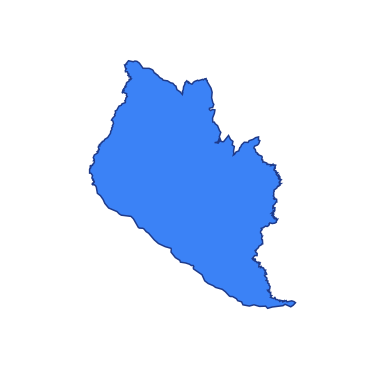 the district of Orocué, Casanare, Colombia, rotated 65°
{"feature_id": "7082276B28249229297744", "entity_name": "Orocué", "entity_type": "district", "adm_level": 2, "iso_a3": "COL", "parent_name": "Colombia", "parent_adm1": "Casanare", "projection": "robinson", "projection_center": [-71.616, 4.911], "detail": "fine", "context": "isolated", "style": "filled", "palette": "blue", "viewbox_px": 384, "rotation_deg": 65, "n_neighbors": 0, "source": "geoboundaries", "source_scale": "gbopen_adm2", "svg_char_len": 6050}
<svg xmlns="http://www.w3.org/2000/svg" viewBox="0 0 384 384"><g transform="rotate(65 192 192)"><path d="M165.5,275.8L171.3,274.3L178.1,268.2L181.1,267.2L183.1,265.9L188.3,257.6L191.5,256.4L201.4,255.6L202.4,255.0L204.1,251.9L205.0,251.2L208.5,250.3L211.1,248.7L219.5,246.4L224.5,244.2L230.2,239.4L234.1,234.9L235.0,234.9L237.6,236.4L244.4,234.8L248.8,231.9L250.7,232.1L253.6,227.8L256.5,224.7L258.3,223.7L259.1,222.0L260.3,221.9L261.3,222.9L262.4,223.1L271.2,217.9L277.9,218.0L281.8,216.0L285.9,212.3L288.4,211.0L293.0,205.7L296.5,203.9L302.1,202.1L302.9,201.4L303.9,199.4L307.5,196.8L309.8,196.5L312.5,193.5L315.8,193.5L319.6,188.2L320.4,183.5L324.2,179.2L326.6,173.5L329.4,172.6L330.2,167.7L333.5,157.5L333.1,155.1L337.8,151.0L337.4,148.2L336.1,145.0L334.4,145.9L332.8,147.6L331.7,152.3L330.2,152.5L330.0,155.2L329.5,154.8L329.6,156.0L329.0,155.7L328.2,156.8L328.3,157.6L327.6,157.8L327.9,158.7L327.2,158.5L327.3,158.9L325.6,160.1L324.8,161.5L322.6,161.4L322.5,161.7L323.4,162.1L323.1,163.0L320.6,165.4L319.6,163.5L318.8,164.5L316.3,163.1L315.9,164.4L314.9,164.5L314.5,163.6L313.7,164.2L313.8,165.0L312.9,165.1L313.2,164.2L312.8,162.6L310.5,161.1L309.2,161.6L307.7,161.0L306.4,161.9L304.7,160.8L303.5,162.2L302.8,161.0L301.5,160.5L299.5,161.4L298.1,161.5L298.1,159.0L296.3,159.0L296.2,160.0L293.9,158.3L293.6,159.4L291.0,159.3L290.4,160.3L289.5,160.6L289.5,161.7L288.5,161.0L288.0,163.1L286.1,161.9L286.1,160.9L284.9,160.4L284.8,161.6L284.3,161.7L284.3,160.7L283.6,161.5L283.6,162.8L283.0,162.7L280.4,164.6L280.3,163.2L279.5,163.0L279.2,163.7L279.9,164.1L278.6,164.2L278.8,165.4L277.8,165.6L276.1,162.0L277.1,159.9L275.2,158.9L273.5,159.7L271.8,159.5L272.1,158.7L271.6,158.7L270.5,155.3L269.4,154.3L269.1,151.0L268.5,150.5L268.8,149.8L265.1,148.4L264.7,148.9L263.1,148.4L261.8,146.8L261.6,147.3L259.4,146.7L258.1,147.2L256.6,146.4L255.7,144.4L254.2,144.6L254.5,142.8L254.0,139.8L255.0,138.5L254.8,136.7L254.0,135.6L253.4,135.6L252.9,134.5L254.5,132.6L255.2,130.1L255.0,128.3L253.2,127.3L253.4,126.5L252.8,125.9L252.7,126.9L251.4,126.8L251.4,128.0L250.7,127.7L250.5,128.6L249.6,127.8L249.0,128.0L249.0,128.8L247.6,128.2L247.5,129.2L247.0,129.5L245.7,127.8L246.2,127.2L245.1,127.1L244.7,128.6L244.2,127.0L244.5,125.8L243.4,126.0L243.7,124.8L242.7,124.3L241.5,124.5L241.8,123.8L241.4,123.5L240.8,124.6L240.3,124.5L240.7,125.5L238.8,124.5L237.8,121.8L236.6,120.2L236.9,119.4L234.4,118.4L233.7,119.0L233.4,120.5L232.6,120.8L232.2,119.6L229.9,120.0L229.4,119.2L226.7,118.1L226.1,117.2L225.0,117.0L224.2,113.4L223.0,112.0L223.5,111.1L223.0,110.6L223.0,109.5L222.4,109.6L222.1,108.3L221.9,109.0L221.2,108.2L220.5,109.1L220.1,108.9L219.3,108.0L219.4,107.2L218.7,106.8L218.6,105.9L217.4,106.6L217.3,107.6L216.4,108.0L215.8,107.5L216.5,106.6L215.6,106.0L215.0,106.7L214.5,105.5L214.5,106.1L213.9,106.2L213.9,107.0L213.0,106.4L213.2,107.6L211.8,108.1L211.2,107.0L210.9,107.7L210.4,107.6L210.3,106.7L209.6,107.7L208.8,107.0L208.1,107.1L207.5,108.2L206.7,108.4L205.9,107.2L205.7,107.6L205.3,107.2L205.7,105.9L204.8,106.8L203.1,104.8L202.3,105.8L202.3,106.8L201.0,106.8L201.7,108.4L201.5,109.1L201.2,108.4L200.8,108.5L199.0,111.6L198.8,110.8L198.8,112.2L197.4,112.0L195.1,114.2L195.0,115.1L192.8,114.4L192.2,115.2L190.0,113.6L188.9,113.7L186.6,115.9L185.8,115.8L185.5,116.6L184.3,116.3L182.8,117.3L180.0,116.6L178.9,117.3L178.0,117.2L176.9,115.8L177.1,112.8L176.4,111.1L174.1,108.8L172.9,109.8L170.2,108.4L169.6,111.4L170.1,114.3L169.6,118.5L170.8,120.2L169.0,123.6L170.3,127.3L171.6,128.6L172.0,129.9L174.5,132.2L174.3,135.1L175.8,137.5L176.0,138.9L174.9,137.9L172.5,137.1L168.6,134.4L166.4,135.7L163.4,133.5L160.7,134.9L156.2,135.0L159.7,142.0L159.3,143.2L157.4,145.3L158.8,147.7L157.7,148.8L156.8,150.7L157.6,147.4L155.3,145.0L156.7,144.1L153.4,143.9L150.1,140.7L148.0,141.1L142.7,140.8L139.8,142.2L138.2,142.2L137.3,143.6L133.6,142.1L130.3,138.6L127.3,136.5L125.9,138.4L126.1,140.7L124.6,141.4L123.5,140.8L124.0,137.4L121.8,135.2L120.0,135.4L114.9,134.4L110.1,131.6L105.9,130.9L98.3,131.6L97.3,131.1L96.2,131.8L95.2,131.3L94.8,132.9L95.1,134.4L94.4,134.8L93.9,139.0L93.1,139.6L92.9,142.7L93.2,144.5L94.2,146.0L94.1,146.7L92.4,148.1L90.9,148.5L91.5,149.2L89.0,149.7L90.1,152.4L91.0,152.6L93.1,155.2L95.6,156.7L97.0,158.3L97.7,158.2L99.5,159.5L96.1,160.5L92.9,162.4L89.2,161.8L88.3,162.6L85.4,163.4L83.9,165.3L80.9,167.2L78.5,170.9L76.9,171.2L74.7,172.9L71.3,173.8L70.5,174.7L69.2,174.8L68.3,175.8L65.3,175.9L64.0,176.6L61.8,178.6L59.2,184.1L53.0,185.2L50.3,186.7L49.2,188.4L49.1,190.2L46.2,194.1L47.7,197.1L48.4,197.1L48.2,198.2L48.9,198.9L48.5,199.4L51.6,199.9L52.4,199.3L53.7,201.1L54.9,201.5L55.7,199.7L57.2,200.0L58.1,199.4L59.1,200.8L59.7,200.5L59.7,199.8L61.2,200.3L61.5,198.9L62.5,199.2L63.3,200.1L63.8,199.3L64.3,200.3L63.5,201.4L65.0,202.4L65.1,204.4L65.7,205.6L66.5,205.7L68.0,208.0L68.6,207.6L68.5,208.4L69.0,208.5L69.5,210.2L71.2,210.7L70.5,211.7L71.4,212.0L72.1,213.1L72.5,213.1L72.2,212.6L72.9,211.6L73.4,211.6L75.2,209.7L76.9,210.7L78.1,210.3L78.7,212.0L80.7,213.5L80.9,214.3L82.3,214.2L82.8,214.8L82.5,218.2L83.5,219.4L83.3,221.9L86.1,225.6L86.1,227.3L88.1,227.9L89.1,229.5L90.3,229.5L91.6,232.8L92.8,234.6L94.3,233.7L96.8,234.2L98.3,236.2L99.3,236.3L100.1,237.9L101.2,238.0L102.7,240.1L104.3,241.0L107.0,245.4L107.4,248.8L108.5,250.3L108.3,252.0L109.0,252.5L109.1,253.7L109.9,254.5L109.8,255.8L111.2,256.0L110.9,257.3L111.8,258.0L114.3,258.2L114.3,259.1L114.9,259.3L115.3,260.8L116.0,260.3L116.2,261.0L116.7,261.0L117.2,264.9L119.2,267.0L121.0,266.8L121.9,267.9L122.1,267.2L123.7,267.9L124.8,269.4L124.9,270.3L125.8,271.0L125.2,272.7L125.4,273.3L125.8,273.3L125.8,272.9L126.2,273.4L126.6,273.1L127.1,274.0L127.0,273.5L127.6,274.0L127.3,274.3L128.1,275.2L131.6,276.8L132.0,275.9L132.8,275.5L135.1,275.2L137.0,276.8L138.4,276.7L138.7,276.1L139.6,276.8L140.0,276.2L141.0,276.6L141.3,276.2L141.8,276.5L142.1,278.6L142.8,279.2L143.2,279.0L142.4,278.3L143.0,278.0L143.5,278.4L143.2,278.1L144.0,278.0L144.2,277.4L145.8,276.7L147.3,276.7L153.2,278.3L156.7,276.5L161.3,275.7L165.5,275.8Z" fill="#3b82f6" stroke="#1e3a8a" stroke-width="1.5"/></g></svg>